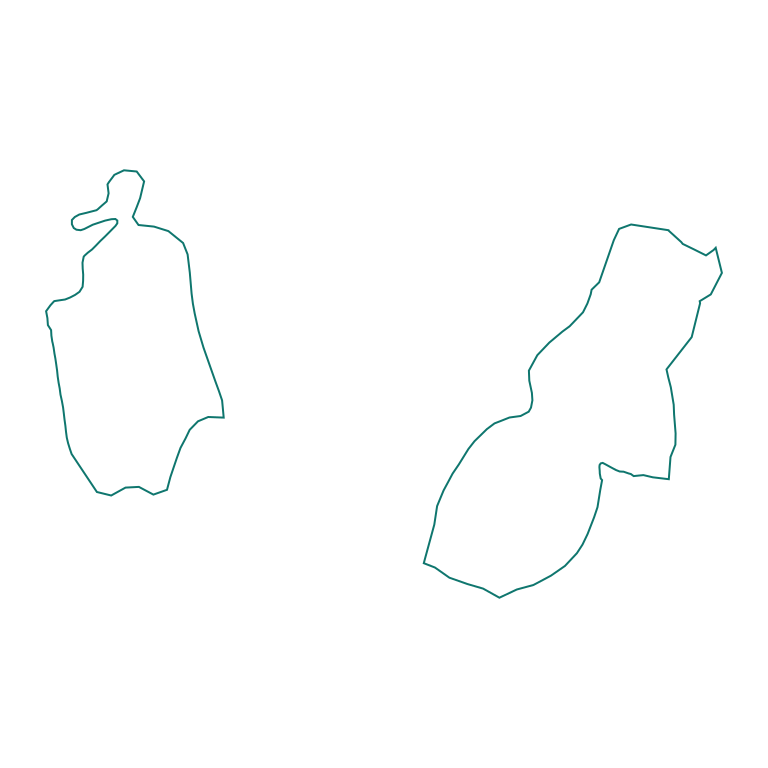 outline of Amran, Hajjah, Yemen
{"feature_id": "15242507B71774555115176", "entity_name": "Amran", "entity_type": "district", "adm_level": 2, "iso_a3": "YEM", "parent_name": "Yemen", "parent_adm1": "Hajjah", "projection": "natural_earth1", "projection_center": [43.831, 15.676], "detail": "fine", "context": "isolated", "style": "outline", "palette": "teal", "viewbox_px": 768, "rotation_deg": 0, "n_neighbors": 0, "source": "geoboundaries", "source_scale": "gbopen_adm2", "svg_char_len": 2547}
<svg xmlns="http://www.w3.org/2000/svg" viewBox="0 0 768 768"><path d="M423.8,563.2L434.9,567.5L449.4,577.7L467.3,584.0L483.1,588.6L499.4,597.7L503.0,596.0L516.8,589.5L533.4,585.0L550.9,575.7L564.3,566.4L564.9,566.0L576.9,553.2L582.5,544.6L587.6,534.0L594.1,517.3L597.5,507.2L600.3,489.7L602.1,480.1L600.7,478.5L599.8,473.6L599.7,470.9L599.4,467.1L599.6,465.0L600.7,463.4L602.7,462.9L605.6,464.4L610.5,467.1L615.9,470.0L619.7,471.5L623.6,471.7L628.8,473.5L630.8,474.0L633.7,476.1L635.4,475.9L643.4,475.1L652.8,477.3L668.8,479.2L670.5,457.0L675.4,444.7L675.6,433.4L674.1,414.6L673.7,404.7L670.8,387.2L668.3,377.5L666.5,369.4L691.7,337.1L700.1,303.2L699.7,301.2L710.8,294.4L721.9,272.9L715.7,247.8L713.6,250.0L706.0,255.4L694.0,249.4L682.7,243.9L681.3,242.1L668.4,230.4L668.4,230.2L631.1,224.5L619.1,228.9L613.8,240.2L599.2,282.3L591.6,289.7L590.7,294.3L587.4,303.5L583.0,312.3L569.7,326.2L562.4,331.6L549.3,342.6L537.3,355.2L528.9,370.6L529.3,380.7L531.9,392.9L532.4,400.3L531.0,407.6L528.7,411.7L520.6,416.0L509.5,417.5L500.7,421.0L494.5,423.4L486.9,429.1L474.5,441.2L468.4,449.0L458.8,464.5L452.6,473.6L448.2,481.9L443.6,490.4L437.1,506.1L434.3,524.6L425.1,558.3L423.8,563.2ZM71.6,454.0L96.9,492.0L111.2,495.5L125.5,487.6L138.9,486.9L153.4,494.6L167.0,489.8L170.4,477.0L176.8,458.1L180.5,447.9L185.6,438.3L189.7,429.8L198.0,421.3L208.2,417.0L223.7,417.6L222.1,400.4L218.9,391.0L215.6,382.0L209.4,364.4L203.5,347.6L198.6,331.2L194.7,313.5L192.9,303.7L191.6,293.7L189.8,272.6L187.6,254.4L183.1,243.0L168.4,231.1L154.0,226.6L138.5,225.0L132.8,216.9L136.6,207.4L140.1,198.2L144.1,181.4L136.7,171.5L124.0,170.3L114.4,174.8L108.8,182.3L107.5,184.4L108.6,193.3L106.7,201.4L102.3,205.2L99.5,207.7L98.1,209.0L96.5,210.2L90.3,211.8L86.5,212.8L79.3,214.5L74.8,217.0L71.9,220.0L71.9,222.1L71.9,224.3L73.8,228.1L74.4,228.4L76.4,229.7L80.7,230.2L84.3,229.0L92.8,224.7L105.1,220.6L111.4,219.2L115.4,219.0L117.0,220.3L117.3,220.5L117.3,223.3L115.5,225.9L109.0,232.5L104.5,237.0L100.3,241.0L95.9,245.6L92.0,249.5L87.8,252.7L84.5,255.7L83.7,256.7L82.5,262.7L82.7,268.5L83.2,274.7L83.1,280.9L82.6,286.8L79.5,291.8L75.1,294.9L70.1,297.5L65.1,299.5L59.6,300.3L54.3,301.1L53.3,302.1L50.4,305.3L46.1,311.2L47.4,318.1L47.9,325.1L51.1,330.1L51.4,335.7L52.3,341.7L52.6,342.8L52.7,343.2L53.6,347.6L54.3,352.4L54.4,353.2L55.4,358.7L56.3,364.9L57.1,370.6L57.7,376.6L58.6,382.7L59.7,388.5L60.5,394.7L60.8,396.0L61.9,401.0L63.1,407.6L63.8,413.3L64.5,419.4L65.4,425.9L66.0,431.7L66.8,437.7L68.1,443.2L69.8,448.7L71.6,454.0Z" fill="none" stroke="#0f766e" stroke-width="2"/></svg>